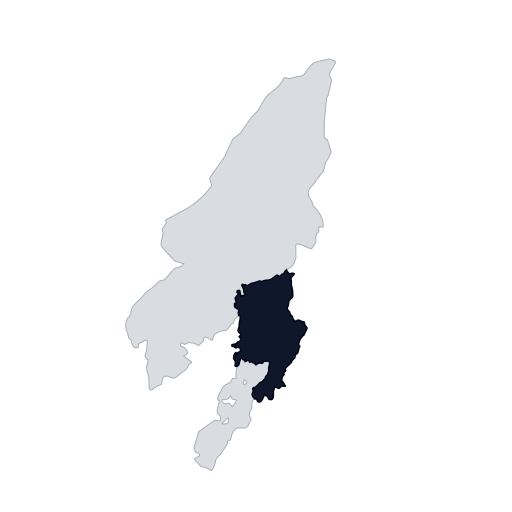 Kyrgyzstan, with Osh highlighted, rotated 303°
{"feature_id": "KGZ-1122", "entity_name": "Osh", "entity_type": "Region", "adm_level": 1, "iso_a3": "KGZ", "parent_name": "Kyrgyzstan", "parent_adm1": "", "projection": "natural_earth1", "projection_center": [73.025, 40.164], "detail": "fine", "context": "in_parent", "style": "filled", "palette": "ink", "viewbox_px": 512, "rotation_deg": 303, "n_neighbors": 0, "source": "natural_earth", "source_scale": "10m", "svg_char_len": 9502}
<svg xmlns="http://www.w3.org/2000/svg" viewBox="0 0 512 512"><g transform="rotate(303 256 256)"><path d="M114.8,301.9L116.1,301.1L120.0,300.3L127.9,299.6L130.6,300.1L136.0,303.3L140.2,302.9L140.9,303.3L142.5,305.9L148.3,302.1L152.4,300.9L154.6,297.0L159.1,292.4L162.9,291.7L163.0,292.4L163.7,293.1L167.6,294.2L168.8,292.9L169.4,291.3L168.1,288.6L168.0,287.5L169.3,285.8L175.5,288.4L176.9,288.3L179.7,286.9L182.3,284.4L183.3,282.4L196.0,276.0L196.9,274.9L196.8,274.0L191.4,272.5L189.0,273.4L186.8,273.4L185.4,272.4L179.0,272.1L177.5,271.4L173.2,266.8L167.9,263.9L165.3,264.0L162.2,265.3L161.3,264.7L161.1,260.3L160.4,257.7L158.6,257.1L156.2,258.2L149.7,256.7L149.0,251.2L146.5,246.4L143.1,244.5L143.0,241.6L141.8,240.4L140.8,240.7L139.4,242.2L140.1,245.4L139.5,248.6L138.8,250.2L137.3,251.4L135.5,251.4L132.6,249.8L132.1,259.5L131.5,260.1L127.9,258.7L125.1,259.3L120.9,258.7L117.7,257.1L111.5,255.3L108.6,253.5L106.9,247.0L105.2,244.7L103.6,244.2L97.0,246.5L90.3,242.5L86.9,241.7L86.0,240.5L86.2,239.0L96.5,231.8L100.6,226.8L103.2,224.7L109.6,222.5L111.1,217.9L111.7,217.4L118.3,215.2L125.6,211.1L125.8,210.0L125.0,209.1L118.5,205.4L115.1,207.1L113.1,205.0L113.2,202.8L115.4,199.1L117.3,197.2L118.1,193.6L120.7,191.2L123.5,187.4L126.9,184.3L133.0,182.0L136.5,182.8L139.7,182.2L144.7,180.3L147.7,180.2L160.6,183.0L164.8,183.2L174.8,186.9L182.6,188.8L186.4,192.4L198.9,194.0L202.4,195.1L203.6,196.8L207.2,199.1L210.2,199.6L207.5,190.9L208.6,185.8L212.5,171.7L214.6,169.6L224.7,165.6L227.1,162.7L234.4,162.7L235.9,162.2L236.7,160.5L259.4,172.8L268.0,176.3L279.9,179.5L290.0,180.5L291.7,179.8L295.6,175.0L297.5,174.7L322.4,175.6L340.2,173.0L342.8,173.2L349.5,175.9L370.5,176.7L378.8,178.5L391.9,177.8L397.5,178.2L407.5,181.6L411.0,182.4L417.5,182.9L420.0,182.3L421.4,183.1L423.0,187.5L429.2,193.1L431.6,196.1L433.9,197.3L445.6,198.2L450.0,199.4L461.1,209.9L462.6,216.0L461.5,217.3L450.1,218.1L447.5,219.0L444.9,223.6L429.6,229.1L427.3,229.0L406.9,239.5L392.8,248.4L392.3,252.7L384.1,262.4L377.9,263.5L372.6,263.3L363.9,266.3L352.7,265.2L348.8,265.4L341.5,264.1L338.5,264.8L335.4,266.8L331.2,274.5L329.4,276.3L328.7,278.1L328.0,281.9L326.4,285.8L322.8,291.9L319.7,294.7L316.8,296.5L314.5,292.8L310.7,295.4L307.1,294.8L304.9,295.6L300.0,298.8L292.6,298.7L291.8,297.6L290.3,288.7L289.0,284.5L287.9,283.6L286.6,283.5L276.2,290.5L271.3,291.7L267.3,291.9L262.0,289.8L260.9,290.3L260.0,291.5L259.6,292.9L261.2,296.8L260.7,297.6L258.4,297.6L255.1,298.5L245.0,306.7L238.7,308.8L232.7,309.6L229.2,311.1L227.2,314.1L223.3,322.6L223.5,324.3L225.1,326.6L226.4,331.7L226.1,333.1L222.9,337.3L218.9,338.6L215.7,339.2L209.6,338.6L206.4,339.5L200.7,342.7L195.9,343.3L187.0,343.4L178.2,342.2L175.3,342.6L167.5,344.5L164.8,347.5L163.4,350.2L162.6,350.6L159.5,348.1L155.6,343.8L153.6,343.8L146.6,347.4L145.6,347.3L143.6,345.9L143.8,340.4L141.6,339.3L136.8,339.0L135.2,337.8L135.7,334.2L135.2,332.9L134.0,331.9L131.5,332.1L126.5,335.1L120.6,336.1L118.6,337.1L116.3,340.9L108.6,341.8L106.1,340.9L101.4,333.7L97.4,332.6L93.2,332.9L87.6,334.8L86.3,333.2L84.9,332.8L83.6,334.1L76.7,334.3L69.8,334.1L65.8,333.2L63.2,333.3L58.1,335.3L51.8,335.6L51.3,328.9L49.4,324.4L51.4,317.0L52.5,314.6L57.1,317.4L58.8,316.9L59.3,315.5L58.6,312.2L61.0,308.5L77.5,303.6L95.7,310.8L98.0,315.5L99.6,315.3L102.2,313.2L103.0,309.2L106.5,306.9L114.4,304.3L114.8,301.9ZM124.1,318.2L124.4,317.5L123.1,314.1L125.0,310.9L121.3,310.3L119.4,309.4L117.3,306.1L116.6,305.9L115.5,306.8L114.9,309.0L115.4,311.3L118.0,313.5L116.7,318.1L122.2,318.6L124.1,318.2ZM105.0,321.4L104.9,320.4L103.6,320.0L96.8,318.7L97.0,319.6L99.6,323.0L101.6,323.2L105.0,321.4ZM145.7,315.5L146.1,313.4L142.0,314.6L141.6,315.7L143.0,317.0L144.7,317.5L145.7,315.5Z" fill="#d9dde1" stroke="#a8b0b8" stroke-width="1"/><path d="M260.8,289.1L260.3,289.8L260.2,290.3L260.1,290.5L259.8,291.3L259.4,292.3L259.1,293.3L259.4,294.0L261.2,295.6L261.6,296.2L261.9,297.7L260.8,298.0L257.6,297.2L256.8,297.2L256.0,297.5L254.1,299.4L253.5,299.8L252.0,300.6L250.8,301.5L247.5,305.0L243.4,308.1L242.1,308.7L240.9,308.9L239.8,308.7L238.5,308.2L237.2,307.9L235.8,308.1L234.5,308.6L233.3,309.4L232.1,309.9L229.7,310.3L228.6,311.1L228.2,311.6L227.9,312.1L227.7,312.7L227.6,313.4L227.4,314.6L226.8,315.3L226.0,316.1L225.5,317.0L225.2,319.0L225.0,319.5L224.7,319.9L223.7,320.8L223.2,321.5L222.9,322.3L222.7,323.2L222.7,324.2L223.1,325.1L223.6,325.4L224.3,325.6L225.0,326.0L225.5,326.8L225.8,327.8L226.0,329.8L226.8,332.4L226.6,332.9L225.8,333.4L225.2,333.9L224.7,334.6L224.3,335.6L223.9,337.3L223.5,337.9L222.8,338.3L215.7,339.2L214.6,338.7L211.2,338.3L209.8,338.4L205.7,339.4L204.8,340.1L204.5,340.8L204.4,341.5L204.1,341.9L202.0,342.3L198.1,343.6L196.9,343.7L195.6,343.3L194.9,343.0L194.5,342.9L194.0,343.0L192.1,343.9L191.6,344.0L190.9,343.8L188.5,343.3L187.8,343.2L186.1,343.6L185.6,343.6L178.6,341.8L177.9,341.8L177.3,342.0L176.9,342.3L176.2,343.2L175.7,343.4L175.1,343.4L174.2,342.8L173.6,342.7L173.2,342.8L172.0,344.1L171.4,344.1L170.7,344.1L169.5,343.8L168.8,343.8L167.4,344.5L166.6,344.6L165.9,344.9L165.5,345.6L164.6,348.1L163.0,351.4L162.6,351.5L162.2,350.9L161.9,350.1L161.8,349.7L161.7,349.3L161.6,349.0L160.8,348.6L160.3,348.2L159.9,348.0L158.3,347.7L157.5,347.4L157.2,346.7L157.1,345.7L156.9,344.5L156.5,343.5L155.8,343.0L155.2,343.1L153.8,343.8L152.4,344.1L151.8,344.4L148.0,346.9L146.6,347.5L145.3,347.7L144.5,347.5L143.8,346.9L143.3,346.2L143.0,345.2L143.1,344.3L143.5,343.7L144.0,343.2L144.4,342.5L144.6,341.5L144.5,340.3L144.2,339.2L143.6,338.7L142.8,338.7L139.0,339.5L137.1,339.4L135.6,338.7L134.8,337.1L135.1,336.3L136.1,335.0L136.3,334.3L136.1,333.5L135.5,332.8L135.5,332.7L135.8,332.0L136.1,330.6L136.2,330.3L137.1,328.8L138.0,328.0L140.9,327.3L141.6,326.9L142.0,326.5L142.4,325.9L142.7,325.7L143.2,325.5L143.9,325.5L144.4,325.6L144.7,325.8L144.9,326.4L145.2,326.7L145.7,327.0L146.3,327.2L151.9,328.3L152.4,328.6L152.7,328.8L153.0,328.9L153.8,329.5L154.3,329.7L155.1,329.9L155.7,330.0L156.2,329.9L156.5,330.0L157.2,330.5L157.6,330.5L158.0,330.4L158.8,330.1L159.4,329.9L160.6,329.8L163.0,330.2L164.3,330.0L165.2,329.6L166.4,329.3L167.0,329.1L167.4,328.8L168.4,327.9L170.2,327.1L172.1,326.5L173.4,325.9L173.7,325.7L174.0,325.5L174.1,325.2L174.3,324.7L174.8,324.1L173.9,322.6L173.1,321.6L172.6,321.1L172.4,320.7L172.2,319.7L172.0,319.4L171.6,319.3L171.2,319.5L170.5,320.0L170.2,320.0L169.6,319.7L168.7,318.5L168.2,317.3L167.8,316.8L167.4,316.4L166.8,316.0L166.2,315.8L165.3,315.6L164.9,315.4L164.7,315.2L164.7,314.8L164.8,314.5L164.9,314.0L165.1,313.6L165.3,313.1L165.2,312.7L164.9,311.9L164.7,311.5L164.8,311.1L165.0,310.8L165.0,310.5L165.0,310.0L164.8,309.6L164.4,309.3L163.2,308.7L163.3,308.3L164.1,307.6L164.4,307.1L164.3,306.4L164.1,305.9L163.5,305.5L162.0,304.8L161.6,304.5L161.5,304.2L162.1,303.8L162.3,303.5L162.4,303.0L162.2,302.5L162.1,302.1L162.1,301.6L162.3,300.8L162.4,300.3L162.1,299.6L161.7,299.2L161.1,299.1L157.8,300.0L156.0,300.7L154.6,300.8L154.3,300.6L153.2,300.1L152.5,299.6L152.3,298.9L152.5,298.2L155.8,296.6L156.8,295.7L157.3,294.4L157.5,293.5L157.9,293.0L160.4,291.7L161.0,291.5L162.7,291.4L163.0,291.4L163.7,291.5L164.1,291.8L163.9,292.2L163.4,292.4L162.7,292.5L162.3,292.6L162.1,293.0L162.6,293.2L164.3,293.1L164.8,293.3L167.1,294.6L168.1,294.9L169.0,294.7L169.7,293.7L170.1,292.5L170.2,291.4L170.0,290.9L169.8,290.5L168.2,289.4L167.8,288.9L167.8,288.4L168.1,287.6L168.1,286.8L167.3,285.5L167.4,284.7L168.5,284.2L169.8,285.3L171.0,286.7L172.1,287.2L173.6,287.4L176.2,289.1L177.7,289.0L178.3,288.6L178.6,288.0L178.8,287.3L178.9,286.6L179.2,285.8L179.8,285.9L181.2,286.5L182.3,286.0L182.8,282.8L183.7,281.5L185.0,281.0L187.7,280.3L190.9,278.4L194.4,277.1L196.2,276.2L197.4,274.7L197.2,273.8L196.9,273.7L197.5,273.1L198.6,272.1L200.8,271.2L201.3,270.8L201.6,270.4L201.7,270.1L201.7,269.8L201.7,269.6L201.6,269.3L201.5,269.0L201.4,268.8L201.4,268.6L201.6,268.0L201.6,267.7L201.5,267.0L201.5,266.6L201.6,266.1L201.9,265.7L202.2,265.4L204.2,264.0L204.4,263.9L204.6,263.9L204.8,264.0L205.0,264.2L205.2,264.5L205.4,264.9L205.5,265.0L205.9,265.1L206.2,265.0L206.5,264.9L206.8,264.2L207.1,263.8L207.4,263.5L207.8,263.2L208.1,262.9L208.8,261.8L209.0,261.6L209.2,261.4L209.4,261.5L209.6,261.6L210.9,261.5L214.0,261.8L214.5,261.7L215.0,261.6L215.3,261.3L215.3,261.1L215.3,260.9L215.2,260.7L215.1,260.2L215.2,259.8L215.4,259.6L215.6,259.5L216.7,259.3L216.9,259.4L217.1,259.5L217.4,259.9L217.8,260.5L218.0,260.6L218.0,260.8L218.1,261.0L218.0,261.3L217.8,261.6L214.6,264.5L214.2,265.0L213.9,265.4L214.0,265.6L215.1,265.8L215.3,265.9L215.4,266.0L215.4,266.3L215.5,266.6L215.5,266.9L215.7,267.0L215.9,267.2L216.6,267.3L216.8,267.3L217.0,267.4L217.5,267.8L217.8,268.0L218.3,268.2L218.5,268.1L218.7,267.8L218.7,267.6L218.6,266.9L218.6,266.6L218.7,266.2L218.8,265.8L219.2,265.4L219.6,265.0L221.0,264.1L221.3,263.9L223.2,260.7L223.9,260.0L224.5,259.9L224.8,260.1L225.0,260.3L225.1,260.5L225.0,261.1L225.0,261.6L225.3,261.9L226.0,262.4L226.2,262.8L226.2,263.2L226.2,263.8L226.3,264.5L226.4,264.9L226.6,265.1L230.9,267.2L231.4,268.0L231.6,268.2L235.7,271.6L236.7,272.2L236.9,272.5L237.1,272.8L237.4,273.3L237.4,273.7L237.5,274.3L237.5,274.5L238.1,275.1L238.8,275.4L240.2,276.7L241.4,277.9L241.7,278.3L242.0,278.9L242.3,279.2L242.9,279.9L244.5,281.2L245.2,281.6L250.5,283.5L250.9,283.7L251.4,284.2L251.6,284.5L251.7,284.8L251.7,285.1L251.7,285.3L251.7,285.6L251.6,285.9L251.5,286.1L251.3,286.7L251.6,287.0L252.1,287.2L254.9,287.7L255.2,288.0L255.5,288.4L255.7,288.6L256.2,288.7L256.8,288.8L259.8,288.7L260.7,289.1L260.8,289.1Z" fill="#0f172a" stroke="#020617" stroke-width="1.5"/></g></svg>